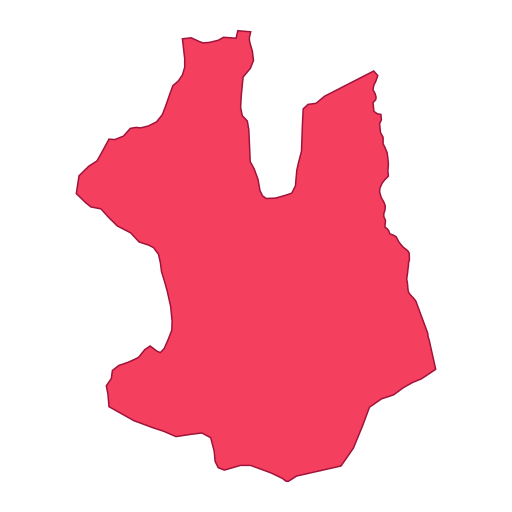 outline of Telupid, Sabah, Malaysia
{"feature_id": "92858781B69032818816249", "entity_name": "Telupid", "entity_type": "district", "adm_level": 2, "iso_a3": "MYS", "parent_name": "Malaysia", "parent_adm1": "Sabah", "projection": "equal_earth", "projection_center": [117.165, 5.794], "detail": "fine", "context": "isolated", "style": "filled", "palette": "rose", "viewbox_px": 512, "rotation_deg": 0, "n_neighbors": 0, "source": "geoboundaries", "source_scale": "gbopen_adm2", "svg_char_len": 2362}
<svg xmlns="http://www.w3.org/2000/svg" viewBox="0 0 512 512"><path d="M109.0,406.7L133.9,420.7L152.8,427.7L163.7,431.3L176.0,436.6L191.8,434.2L201.9,433.0L210.7,437.7L214.2,451.3L215.1,461.3L218.2,467.7L224.3,470.1L240.5,465.4L250.6,465.4L271.2,473.0L282.2,478.3L286.2,481.3L288.4,481.3L296.7,476.0L341.0,466.0L353.3,448.3L362.5,426.0L369.5,407.2L381.4,398.9L393.7,394.8L403.3,387.7L412.5,382.5L421.3,378.9L435.7,369.3L429.0,339.3L428.2,337.4L427.7,333.1L415.8,301.0L413.3,297.9L410.4,294.8L409.0,293.1L408.1,290.4L407.8,287.3L407.4,282.7L406.7,278.9L407.6,272.8L407.9,269.7L408.5,265.1L408.5,263.0L409.4,260.1L409.4,257.4L409.2,253.1L407.7,250.7L405.8,249.2L403.1,247.1L400.6,244.2L398.8,241.8L396.1,236.7L392.6,234.8L391.9,234.6L389.8,233.8L388.7,230.7L386.9,228.5L384.9,227.1L385.5,220.6L383.8,216.5L383.8,213.6L384.9,210.5L385.3,206.1L384.2,202.8L382.6,199.9L381.3,197.7L379.6,192.0L380.0,187.8L382.2,183.1L384.4,180.2L388.4,176.1L387.9,170.8L388.4,164.3L387.9,158.4L387.1,152.6L384.9,147.3L383.1,143.8L383.1,137.3L380.5,132.6L379.6,123.8L381.4,119.7L380.9,114.4L377.4,113.8L373.9,111.4L373.5,107.3L373.0,102.6L375.7,99.7L376.1,97.3L375.2,93.8L373.0,89.7L373.9,85.0L375.7,81.5L377.8,75.6L373.7,71.0L324.6,96.2L316.1,103.3L308.0,104.4L303.2,108.9L302.4,124.7L301.5,151.1L298.4,163.1L296.8,170.2L295.4,186.0L291.7,193.2L284.7,195.5L275.4,198.1L266.2,198.5L262.5,195.8L260.0,190.6L258.0,179.3L254.1,168.7L250.2,161.6L249.9,153.7L248.8,129.6L247.3,121.0L242.3,115.7L240.6,107.4L241.2,96.5L243.1,77.0L250.4,68.3L253.5,60.4L252.4,51.4L249.6,41.6L249.3,37.9L250.7,31.8L237.8,30.7L236.1,38.2L223.5,37.3L218.2,40.3L209.4,42.4L203.0,42.9L198.8,41.3L191.2,37.8L182.4,38.8L184.7,58.7L184.7,67.3L182.4,75.0L178.2,81.1L172.9,85.6L169.9,93.8L165.3,107.0L162.3,114.7L156.6,121.8L148.6,125.9L140.6,127.9L136.0,127.4L130.3,128.4L123.5,136.1L114.7,139.6L109.0,139.1L100.7,154.4L96.9,161.0L88.9,166.1L79.0,175.8L76.3,193.6L85.8,202.8L90.8,206.9L101.0,208.9L107.9,216.6L117.0,225.7L117.8,226.2L130.7,232.9L139.1,242.0L148.6,245.1L153.5,247.6L158.5,254.3L160.4,262.9L161.5,271.6L164.5,281.3L167.2,291.0L170.6,306.2L172.1,321.0L171.8,330.2L168.0,339.9L164.2,348.5L160.3,352.6L156.9,351.1L150.1,346.0L144.8,349.6L138.7,357.2L136.0,358.7L128.0,362.3L118.9,365.4L112.4,370.5L111.3,378.6L106.3,385.8L107.9,393.9L109.0,406.7Z" fill="#f43f5e" stroke="#9f1239" stroke-width="1.5"/></svg>